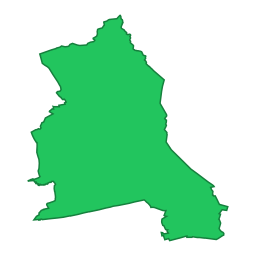 the district of Tadaiķu pag., Durbes, Latvia
{"feature_id": "27541924B16755301218302", "entity_name": "Tadaiķu pag.", "entity_type": "district", "adm_level": 2, "iso_a3": "LVA", "parent_name": "Latvia", "parent_adm1": "Durbes", "projection": "natural_earth1", "projection_center": [21.303, 56.588], "detail": "fine", "context": "isolated", "style": "filled", "palette": "green", "viewbox_px": 256, "rotation_deg": 0, "n_neighbors": 0, "source": "geoboundaries", "source_scale": "gbopen_adm2", "svg_char_len": 5601}
<svg xmlns="http://www.w3.org/2000/svg" viewBox="0 0 256 256"><path d="M214.1,186.6L213.7,186.0L213.6,185.8L213.5,185.7L211.6,184.3L208.3,182.1L197.2,173.7L190.9,169.1L171.3,149.8L166.1,142.0L167.1,134.6L166.8,133.7L166.9,132.5L164.5,129.7L164.4,129.5L165.2,128.0L165.9,126.6L166.4,125.2L165.7,124.2L166.3,122.1L166.4,121.0L166.2,120.6L166.4,120.2L164.7,118.7L164.9,118.3L166.7,115.9L166.5,114.6L160.2,103.6L160.1,103.0L161.6,91.2L162.5,86.2L164.2,79.9L154.0,71.1L152.3,69.4L152.0,69.0L150.9,68.1L150.0,67.1L148.8,66.1L148.6,66.2L146.1,63.7L146.4,62.6L146.4,62.3L146.1,61.8L145.9,61.5L145.9,61.3L145.4,60.7L144.5,60.1L144.5,59.8L145.1,59.2L145.6,58.5L145.6,58.1L145.4,57.5L145.4,57.2L145.7,56.5L145.8,56.2L145.6,55.9L144.7,55.6L143.6,55.4L143.1,55.0L142.8,54.1L142.4,53.6L142.3,53.0L141.9,52.5L141.7,51.9L141.5,51.7L140.2,51.2L137.7,50.7L136.9,50.8L136.1,50.4L135.0,50.4L134.5,49.9L134.1,49.6L133.7,49.5L133.2,49.1L133.1,48.8L133.5,46.0L133.4,45.4L130.5,42.9L130.3,42.5L130.6,41.5L130.4,40.9L129.8,40.4L129.8,40.2L129.8,39.5L130.5,38.2L130.5,37.8L130.4,37.3L129.9,36.6L129.9,36.4L130.4,35.8L130.5,35.5L130.6,35.3L130.5,34.8L130.2,34.5L129.8,34.2L127.8,34.6L127.6,34.6L126.5,34.1L126.4,34.0L126.4,33.8L126.6,33.4L126.7,32.8L126.5,32.5L124.7,30.9L124.2,30.0L124.0,29.8L122.8,29.2L121.9,28.6L121.5,28.3L121.4,28.0L121.2,27.6L121.2,26.8L121.7,25.4L122.6,23.3L122.3,23.4L122.7,22.1L122.7,21.2L122.4,20.1L122.3,19.8L121.3,19.0L120.9,17.8L120.9,16.8L120.3,15.4L119.9,15.4L118.0,17.4L116.9,18.7L109.3,19.5L108.3,20.0L106.9,21.0L106.6,21.2L103.9,21.9L103.8,22.4L104.0,23.1L104.3,25.2L104.1,25.4L103.4,26.1L102.4,27.8L102.1,28.0L100.4,28.4L98.1,29.1L97.6,29.5L97.4,30.7L97.2,31.4L97.4,34.1L96.7,36.1L95.4,37.0L93.2,38.2L93.2,38.4L93.2,38.9L93.4,39.1L94.5,39.7L94.9,40.3L93.7,41.6L90.4,42.2L87.8,43.4L87.6,43.5L87.2,44.5L86.6,44.9L86.4,45.0L79.7,45.5L77.5,45.1L72.5,43.4L72.3,43.5L70.1,44.4L68.7,46.2L68.3,46.4L65.1,46.8L61.5,46.0L60.2,47.0L59.2,47.4L56.4,48.1L56.1,48.5L51.4,49.9L39.8,54.0L40.2,55.4L40.4,55.6L40.3,55.8L41.8,61.3L42.3,63.3L44.7,65.1L47.5,66.8L49.1,68.3L53.1,74.8L57.8,81.9L59.7,85.4L60.4,86.4L60.6,87.2L61.1,89.6L60.0,91.2L57.4,91.6L56.5,92.8L59.4,96.4L61.2,97.6L61.4,98.3L62.8,99.6L63.0,99.7L64.0,99.1L64.5,99.3L65.3,100.4L66.1,102.1L64.6,102.8L65.1,104.2L58.9,105.3L59.3,106.7L54.1,106.7L53.2,106.5L53.4,106.9L53.4,108.7L53.6,109.0L53.0,109.1L52.3,108.9L51.9,109.1L50.8,110.1L50.7,110.3L50.1,110.7L49.8,110.8L49.6,111.0L49.4,111.7L53.0,113.9L45.4,118.0L43.7,122.0L41.9,122.7L41.2,124.5L40.6,125.6L40.4,126.5L41.0,127.9L40.9,128.1L39.9,129.2L38.3,128.7L37.4,129.5L36.0,129.7L35.6,129.8L31.3,132.2L32.3,135.0L33.4,137.4L34.5,139.5L36.5,142.6L36.8,142.5L37.1,142.8L37.1,146.7L36.9,150.1L37.0,150.1L36.8,152.2L37.7,155.5L39.0,159.6L39.3,163.3L39.0,168.4L38.3,170.5L38.2,171.0L38.6,172.8L39.3,175.2L40.0,176.6L39.4,177.2L38.2,177.9L36.4,178.6L34.9,179.1L34.3,179.3L32.7,178.9L31.9,179.3L31.1,179.4L30.0,180.0L28.3,180.7L28.2,180.8L28.4,181.1L29.5,180.9L31.6,180.7L33.9,180.6L34.6,182.0L35.6,181.9L36.2,182.0L36.3,182.2L36.4,182.4L35.9,182.7L35.9,182.8L35.7,183.2L35.9,183.6L36.3,183.7L37.1,183.5L37.4,183.9L38.0,183.7L38.7,183.9L38.8,184.1L38.5,184.2L38.3,184.2L38.2,184.4L38.5,184.5L38.3,184.9L38.5,185.0L38.3,185.2L38.4,185.3L38.8,185.1L38.9,185.3L39.2,185.4L39.4,185.0L40.2,185.0L40.3,185.0L39.9,184.5L40.4,184.3L40.6,184.4L40.8,184.6L41.0,184.7L41.2,184.9L41.1,185.0L41.3,185.0L41.6,185.0L41.9,184.8L42.6,185.0L43.2,184.7L43.3,184.8L43.6,185.0L43.9,184.7L44.2,184.9L44.6,184.7L44.9,184.8L45.1,184.7L45.1,184.3L45.3,184.1L45.5,184.1L45.5,184.4L45.5,184.5L46.0,184.2L47.0,183.9L47.1,183.7L47.5,184.0L47.7,183.7L47.9,183.7L48.0,183.5L47.7,183.4L48.3,182.8L48.7,182.8L49.9,182.2L50.0,182.3L50.9,182.4L51.4,182.0L51.4,181.8L51.5,181.5L51.6,181.4L53.2,181.3L53.7,181.6L53.8,182.0L55.1,183.5L55.5,184.4L55.2,184.8L54.5,185.5L54.4,185.7L54.2,188.5L54.3,189.3L54.6,191.3L54.8,191.4L55.4,195.8L55.5,197.5L55.3,198.4L55.3,199.8L55.0,200.7L52.8,201.7L50.8,202.3L50.6,202.5L47.3,203.4L46.7,204.2L46.8,205.0L48.6,208.2L43.7,209.3L43.8,209.6L42.8,209.8L41.3,210.4L40.4,211.5L39.0,213.0L39.1,214.8L36.5,216.3L33.9,219.9L39.4,219.4L39.2,219.5L38.5,219.6L38.7,220.1L39.0,220.1L39.6,220.0L39.5,219.9L40.3,219.8L40.3,219.3L41.1,219.2L41.8,219.1L42.3,219.6L43.2,219.5L50.1,218.7L57.8,217.9L63.5,217.2L70.2,215.8L70.3,216.0L78.0,214.4L83.7,212.9L89.2,211.7L89.3,211.8L98.9,209.8L105.9,208.0L110.4,207.1L113.2,206.2L118.1,205.5L129.2,203.3L134.6,201.9L144.2,199.9L145.1,200.6L146.5,202.1L148.2,203.4L150.1,205.6L150.9,207.1L150.9,207.4L152.5,207.3L154.1,207.4L155.9,208.0L158.3,208.9L162.8,210.5L164.8,210.7L165.9,210.6L164.1,215.5L165.6,216.3L166.4,216.4L162.0,219.1L161.7,221.3L161.8,222.7L162.8,225.4L163.9,225.8L165.6,229.5L167.5,229.9L167.2,230.1L167.0,230.9L167.4,231.7L168.3,233.1L163.9,233.9L162.6,232.7L161.3,232.5L161.8,234.8L161.9,235.8L163.5,235.6L163.5,235.9L163.6,236.0L164.7,239.3L164.8,239.7L168.6,238.6L169.7,240.6L179.7,238.0L185.7,236.3L187.0,236.1L186.9,237.3L187.0,237.3L192.0,237.3L192.5,236.7L197.2,237.5L197.4,237.5L199.4,237.5L204.5,238.1L204.8,238.0L216.3,239.5L218.2,238.5L222.6,235.6L223.7,235.1L223.8,233.4L223.0,232.4L221.3,231.5L219.9,230.0L219.1,228.5L220.5,223.7L220.6,223.0L220.0,221.4L219.0,219.0L218.9,219.0L219.4,217.8L220.4,214.5L220.5,214.2L219.1,213.7L222.2,209.7L224.3,210.1L226.7,210.4L227.8,206.7L219.8,204.5L219.4,204.4L218.0,201.6L217.6,200.7L215.2,195.9L213.6,196.0L213.1,195.5L213.2,195.3L213.1,195.1L212.8,195.1L212.9,194.8L212.7,194.6L212.6,194.4L212.6,194.1L212.9,191.3L211.8,190.1L210.6,187.4L214.1,186.6Z" fill="#22c55e" stroke="#15803d" stroke-width="1.5"/></svg>